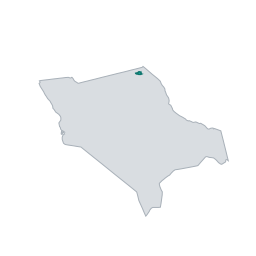 location of Uriri, Nyanza, Kenya, rotated 129°
{"feature_id": "3690345B30579177198917", "entity_name": "Uriri", "entity_type": "district", "adm_level": 2, "iso_a3": "KEN", "parent_name": "Kenya", "parent_adm1": "Nyanza", "projection": "equal_earth", "projection_center": [34.454, -0.944], "detail": "fine", "context": "in_parent", "style": "filled", "palette": "teal", "viewbox_px": 256, "rotation_deg": 129, "n_neighbors": 0, "source": "geoboundaries", "source_scale": "gbopen_adm2", "svg_char_len": 3599}
<svg xmlns="http://www.w3.org/2000/svg" viewBox="0 0 256 256"><g transform="rotate(129 128 128)"><path d="M70.7,155.1L70.7,151.8L71.0,143.4L71.0,136.1L71.3,132.4L72.7,130.0L73.3,128.3L73.7,125.9L74.4,124.0L76.0,122.4L76.3,121.6L78.0,118.9L79.0,115.6L79.8,114.4L80.8,113.3L81.5,112.8L82.6,112.2L83.4,111.9L83.6,111.6L83.7,111.1L83.4,109.0L83.8,108.3L84.4,106.9L85.0,105.6L85.7,104.8L86.0,103.9L86.2,102.4L86.2,101.4L86.2,99.7L86.0,95.8L85.3,92.6L84.8,88.9L85.1,87.7L84.6,85.6L84.3,85.5L83.8,85.0L83.2,83.0L82.8,81.2L82.5,80.7L80.6,79.1L79.6,75.3L78.6,74.5L78.0,70.7L77.9,69.7L78.5,65.9L78.4,65.1L77.8,64.3L76.0,63.5L74.5,61.9L74.7,61.4L74.8,60.8L74.0,60.5L71.8,54.1L74.7,50.2L77.6,46.3L81.3,41.4L84.7,36.9L87.7,33.0L90.3,29.5L90.3,30.1L90.3,31.0L90.6,31.6L91.1,31.9L91.9,31.5L92.6,31.0L93.2,30.9L97.2,32.3L97.8,33.6L97.8,35.0L98.0,35.9L97.7,36.9L97.3,39.9L97.4,42.7L98.6,44.7L99.7,46.3L100.5,48.6L101.2,49.3L102.0,49.6L104.7,49.7L108.8,49.9L112.7,50.0L113.0,50.0L113.8,50.4L117.4,53.4L120.7,56.2L123.5,58.6L126.2,60.9L128.8,63.2L130.8,65.1L132.8,65.7L136.0,66.0L138.3,66.0L140.4,66.8L143.5,67.6L145.8,68.0L147.2,68.4L151.0,68.8L151.7,68.6L153.4,66.5L155.3,63.1L156.0,61.2L158.5,59.3L162.8,56.7L165.8,54.9L169.2,53.0L170.8,54.6L172.9,57.2L173.9,58.5L174.6,59.0L175.8,59.4L177.2,59.4L178.0,59.4L179.5,59.0L183.2,58.7L185.3,58.7L183.6,62.1L181.4,66.2L177.6,73.8L174.6,77.7L172.4,80.7L172.2,81.2L172.2,84.6L172.2,92.7L172.3,109.0L172.3,125.4L172.4,141.7L172.4,149.8L172.4,152.6L174.4,156.0L176.3,159.4L178.9,163.8L180.2,166.2L180.4,167.0L180.4,168.6L178.3,171.9L176.5,173.4L174.2,174.1L173.5,174.0L172.6,173.5L172.3,174.3L172.0,175.5L171.5,175.3L171.1,174.9L171.3,177.1L171.6,178.2L171.2,179.7L170.1,181.0L170.0,182.0L167.6,184.9L164.1,185.2L162.3,186.6L161.5,187.8L160.9,190.3L161.1,194.2L160.1,197.2L160.0,198.6L158.2,200.6L157.4,202.4L156.8,204.2L156.3,205.0L155.7,209.0L154.8,211.5L154.6,212.3L154.4,213.0L153.8,214.5L153.4,215.4L153.0,216.1L150.9,222.4L149.3,225.2L148.0,224.9L147.2,226.0L147.1,226.5L146.6,226.2L145.5,225.2L143.3,223.1L141.1,220.9L138.9,218.8L136.7,216.7L134.5,214.5L132.3,212.4L130.1,210.2L127.9,208.1L126.7,206.8L126.1,206.1L125.6,204.6L125.4,204.3L124.8,203.8L124.1,203.7L123.9,203.4L124.0,202.7L124.2,201.7L125.0,199.7L125.1,198.6L124.9,197.3L124.7,195.2L124.5,194.7L123.0,193.6L119.9,191.3L116.9,189.0L113.8,186.7L110.8,184.4L107.7,182.1L104.6,179.8L101.6,177.5L98.5,175.2L95.5,172.9L92.4,170.6L89.3,168.2L86.3,165.9L83.2,163.6L80.1,161.3L77.1,159.0L74.0,156.7L72.9,155.9L71.8,155.1L70.7,155.1ZM172.6,177.5L172.1,177.7L172.4,176.6L173.9,175.2L174.6,175.5L174.7,175.8L174.7,176.1L174.4,176.4L172.6,177.5Z" fill="#d9dde1" stroke="#a8b0b8" stroke-width="1"/><path d="M78.8,152.4L78.7,152.3L78.6,152.2L78.4,152.1L78.3,151.9L78.2,151.9L78.0,151.7L77.9,151.6L77.7,151.5L77.8,151.7L77.8,151.8L77.7,151.8L77.7,152.0L77.4,152.2L77.2,152.2L77.2,152.3L76.9,152.4L76.9,152.5L76.9,152.8L77.0,152.8L76.9,152.9L77.0,152.9L77.0,153.0L77.0,153.3L77.0,153.5L77.0,153.8L76.9,153.9L77.0,154.0L77.0,154.3L77.1,154.5L77.3,154.7L77.4,154.8L77.5,154.8L77.7,155.0L77.8,155.1L78.0,155.0L78.3,155.0L78.5,154.9L78.7,155.0L78.8,155.1L79.0,155.2L79.0,155.3L79.3,155.4L79.4,155.5L79.5,155.6L79.7,155.8L79.8,155.9L80.0,155.9L80.0,156.0L80.3,156.2L80.4,156.3L80.5,156.4L80.6,156.5L80.7,156.4L80.7,156.2L80.7,155.9L80.6,155.7L80.6,155.4L80.5,155.2L80.4,155.2L80.3,155.3L80.2,155.2L80.2,154.9L80.1,154.7L80.0,154.4L79.9,154.3L79.9,154.2L79.8,153.9L79.7,153.9L79.7,153.7L79.5,153.4L79.4,153.2L79.2,153.0L79.1,152.9L79.0,152.7L78.9,152.6L78.8,152.4Z" fill="#14b8a6" stroke="#0f766e" stroke-width="1.5"/></g></svg>